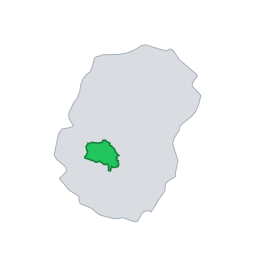 location of Makedonski Brod, Brod, North Macedonia, rotated 307°
{"feature_id": "65306769B48467279151544", "entity_name": "Makedonski Brod", "entity_type": "district", "adm_level": 2, "iso_a3": "MKD", "parent_name": "North Macedonia", "parent_adm1": "Brod", "projection": "equal_earth", "projection_center": [21.207, 41.644], "detail": "fine", "context": "in_parent", "style": "filled", "palette": "green", "viewbox_px": 256, "rotation_deg": 307, "n_neighbors": 0, "source": "geoboundaries", "source_scale": "gbopen_adm2", "svg_char_len": 2483}
<svg xmlns="http://www.w3.org/2000/svg" viewBox="0 0 256 256"><g transform="rotate(307 128 128)"><path d="M116.5,69.2L120.3,69.7L128.7,67.3L134.0,64.1L136.6,63.7L140.2,62.4L145.3,62.6L150.5,64.0L157.0,62.1L163.5,59.1L166.1,59.9L168.9,62.4L170.7,63.1L181.5,76.7L187.4,82.1L194.4,86.3L202.3,89.3L205.2,92.3L210.3,106.7L212.8,112.2L216.2,113.8L217.0,115.4L217.2,117.5L213.5,127.6L212.1,150.4L211.2,152.2L207.2,152.1L202.0,152.6L200.0,154.4L197.9,166.7L189.5,170.2L181.8,172.2L175.3,171.7L163.9,168.8L160.2,168.5L157.0,170.2L146.8,171.1L142.3,173.2L131.9,187.6L121.2,192.6L117.6,195.1L109.5,191.9L105.6,191.6L100.0,195.3L87.6,195.6L84.3,196.3L74.8,196.9L74.4,194.9L72.6,192.0L68.2,190.6L59.1,191.8L56.9,189.6L53.2,177.4L50.3,175.4L47.1,171.3L41.6,158.1L41.5,152.3L41.9,147.2L38.8,135.3L40.7,132.3L43.6,130.4L43.6,125.7L42.9,118.4L46.2,104.2L47.2,103.2L48.0,103.9L56.1,105.0L58.2,103.2L59.6,100.4L60.0,90.0L62.0,85.2L81.5,76.1L87.3,75.8L91.7,79.9L95.2,82.6L97.3,82.5L98.1,79.8L100.4,74.7L104.5,71.7L116.4,69.2L116.5,69.2Z" fill="#d9dde1" stroke="#a8b0b8" stroke-width="1"/><path d="M104.8,117.4L104.8,117.1L103.9,116.8L103.6,115.7L103.0,115.3L102.3,115.5L101.2,116.2L100.1,115.0L99.5,114.6L99.0,114.0L98.0,113.7L97.6,112.4L97.1,111.9L96.8,111.1L95.5,109.3L95.2,107.9L94.1,107.5L93.9,107.2L92.4,106.6L91.6,105.0L91.0,105.6L90.6,105.5L88.4,105.6L87.3,106.0L86.6,107.4L85.9,108.1L85.3,108.4L84.9,109.6L84.5,110.0L83.5,110.6L82.0,110.7L80.7,111.2L79.7,110.8L79.0,110.8L78.5,111.1L78.1,112.0L78.5,112.7L78.6,113.5L79.3,114.7L79.4,115.9L79.9,116.5L80.1,118.8L81.1,119.4L81.2,121.5L81.2,121.8L81.0,122.6L81.7,123.2L82.1,123.9L82.6,124.4L83.9,124.7L84.4,125.4L84.4,127.9L84.7,129.1L84.5,129.5L84.4,130.6L84.7,131.6L85.2,131.7L86.3,132.7L86.2,132.8L86.7,133.3L86.8,133.9L85.8,135.1L85.7,135.6L85.0,135.8L84.1,136.9L82.5,137.7L82.7,138.0L82.5,138.7L82.9,139.0L82.8,139.6L84.2,139.6L84.8,138.7L86.5,138.6L87.4,138.1L87.2,139.5L88.6,141.3L89.7,141.9L90.4,141.9L90.4,142.9L91.4,143.2L93.3,142.6L93.3,141.9L94.2,141.6L95.0,140.7L95.0,139.7L95.8,139.8L95.2,138.8L95.5,137.9L96.2,138.0L96.5,137.6L96.5,137.3L97.2,137.7L97.5,136.5L98.0,136.2L99.1,136.4L100.4,137.3L100.6,137.4L100.8,137.1L100.5,135.8L101.2,134.3L101.1,133.8L101.2,132.4L101.5,132.1L102.0,132.0L102.3,131.0L102.9,130.3L103.4,127.6L103.3,127.0L103.8,125.9L103.6,124.7L103.1,123.6L104.6,123.1L104.5,122.8L105.1,122.1L104.6,121.1L104.5,120.4L104.7,119.9L104.1,118.0L104.8,117.4Z" fill="#22c55e" stroke="#15803d" stroke-width="1.5"/></g></svg>